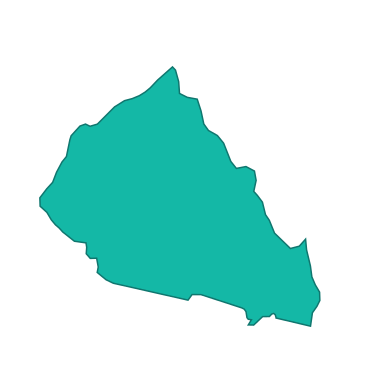 SVG path tracing the border of Nahouri, rotated 12°
{"feature_id": "BFA-2830", "entity_name": "Nahouri", "entity_type": "Province", "adm_level": 1, "iso_a3": "BFA", "parent_name": "Burkina Faso", "parent_adm1": "", "projection": "equal_earth", "projection_center": [-1.167, 11.251], "detail": "fine", "context": "isolated", "style": "filled", "palette": "teal", "viewbox_px": 384, "rotation_deg": 12, "n_neighbors": 0, "source": "natural_earth", "source_scale": "10m", "svg_char_len": 1211}
<svg xmlns="http://www.w3.org/2000/svg" viewBox="0 0 384 384"><g transform="rotate(12 192 192)"><path d="M210.6,298.6L173.4,298.1L134.0,297.6L126.2,295.7L116.0,290.4L115.9,284.9L112.5,276.6L106.3,278.1L101.4,274.4L100.5,268.0L98.9,263.8L87.2,264.6L73.9,258.0L69.5,254.8L65.3,252.5L60.2,248.5L54.3,242.1L46.4,237.5L44.4,229.3L49.3,219.0L53.7,211.5L55.4,200.8L58.6,189.7L61.8,183.4L61.7,166.3L62.1,162.1L68.7,150.8L73.7,147.7L78.6,148.9L85.3,145.3L98.6,124.8L107.0,116.7L114.1,113.1L120.5,108.7L125.4,104.0L129.5,98.8L135.2,89.5L146.9,73.7L150.5,76.2L156.0,86.8L159.3,98.2L167.7,100.4L177.8,100.1L184.0,110.9L189.4,123.0L195.3,128.4L205.1,131.5L212.8,137.7L223.6,154.0L230.5,159.7L239.5,155.9L248.7,158.5L252.3,167.3L252.3,178.6L256.6,181.7L263.0,187.3L268.6,198.9L273.5,203.6L281.3,215.1L300.0,226.8L308.2,222.7L312.9,214.5L316.1,224.8L323.2,239.7L326.9,250.1L331.9,257.2L337.6,263.4L339.6,271.5L338.0,277.8L334.9,285.1L335.8,298.6L300.5,297.8L300.5,297.7L298.9,294.7L297.2,293.8L295.4,294.8L293.6,297.7L287.0,299.2L280.0,309.3L274.7,310.3L276.7,304.6L273.5,304.8L271.9,303.5L269.7,297.8L267.4,295.7L264.8,295.0L222.1,290.5L213.4,292.3L210.6,298.6Z" fill="#14b8a6" stroke="#0f766e" stroke-width="1.5"/></g></svg>